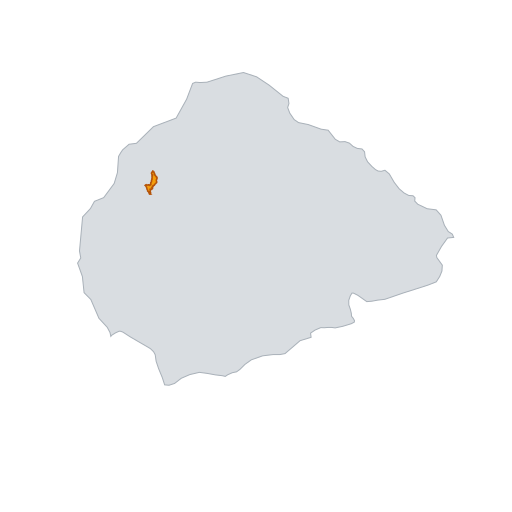 San Ramon, Canelones, Uruguay (highlighted), rotated 119°
{"feature_id": "84410073B4284999044109", "entity_name": "San Ramon", "entity_type": "district", "adm_level": 2, "iso_a3": "URY", "parent_name": "Uruguay", "parent_adm1": "Canelones", "projection": "orthographic", "projection_center": [-55.941, -34.32], "detail": "fine", "context": "in_parent", "style": "filled", "palette": "amber", "viewbox_px": 512, "rotation_deg": 119, "n_neighbors": 0, "source": "geoboundaries", "source_scale": "gbopen_adm2", "svg_char_len": 5080}
<svg xmlns="http://www.w3.org/2000/svg" viewBox="0 0 512 512"><g transform="rotate(119 256 256)"><path d="M396.7,344.0L393.7,346.6L390.5,351.5L386.6,363.2L374.1,379.4L371.4,388.6L358.1,397.9L348.7,408.6L342.7,408.3L337.2,412.8L305.9,426.6L294.7,423.8L286.5,423.8L278.8,417.5L261.3,415.2L250.3,417.6L235.5,424.5L231.0,424.4L227.8,424.1L219.8,421.2L215.4,415.2L192.6,408.4L174.1,392.7L152.4,392.7L135.8,395.1L133.2,393.0L131.4,389.0L127.8,383.2L113.2,369.5L101.6,355.9L99.0,342.3L100.2,327.4L103.2,309.8L102.5,304.3L106.7,301.1L110.8,300.3L114.7,295.7L118.2,288.7L118.7,283.5L115.7,274.0L113.5,260.5L111.0,253.9L115.5,243.2L115.6,238.1L112.8,233.6L112.0,229.0L113.1,224.2L112.8,219.6L111.0,215.2L112.2,211.6L116.4,208.6L119.5,204.1L121.5,198.1L122.5,193.5L122.5,190.4L121.2,187.5L118.5,184.8L119.6,179.2L124.6,170.8L127.8,163.4L129.1,157.0L129.0,151.8L127.2,147.9L127.9,145.2L131.0,143.8L132.3,139.6L131.7,129.3L128.3,120.8L130.7,114.0L137.8,106.1L141.4,99.7L141.7,94.9L143.9,92.1L147.4,97.2L157.7,98.4L168.0,98.5L169.7,97.1L173.7,88.6L179.0,86.1L184.8,85.4L191.2,85.8L198.0,91.4L217.3,109.6L231.4,122.3L235.7,128.3L239.4,132.8L242.2,137.0L241.0,147.9L241.2,152.7L241.9,154.1L245.1,154.2L249.8,153.4L253.8,151.1L256.9,147.6L260.0,144.8L262.4,143.2L263.3,140.9L264.8,138.5L266.2,138.0L269.0,139.8L275.5,146.1L280.5,151.9L281.8,155.2L283.7,158.6L285.7,161.6L287.2,164.6L292.1,168.4L297.0,170.9L300.4,168.4L308.7,176.4L327.3,183.3L330.6,187.3L333.8,193.1L340.1,201.8L349.0,209.7L356.1,213.1L363.0,215.1L366.8,216.9L369.4,220.0L373.6,223.2L376.2,224.5L377.0,227.4L379.6,233.7L382.3,241.7L385.2,249.1L391.8,256.4L399.2,262.1L406.9,265.4L411.2,269.4L413.0,273.4L407.6,279.2L401.7,286.6L396.5,292.3L391.2,296.3L389.4,299.1L388.2,303.5L387.7,326.7L387.1,335.4L387.4,337.7L388.1,339.2L391.3,341.6L395.1,343.7L396.7,344.0Z" fill="#d9dde1" stroke="#a8b0b8" stroke-width="1"/><path d="M253.2,378.2L253.2,378.3L253.1,378.2L253.1,378.3L252.9,378.4L252.9,378.5L252.7,378.6L252.4,378.6L252.2,378.6L252.1,378.8L252.1,379.0L251.9,379.1L251.7,379.0L251.7,378.9L251.5,379.0L251.4,379.1L251.4,379.3L251.3,379.5L251.3,379.8L251.2,379.8L251.2,380.0L250.9,380.2L250.7,380.0L250.4,380.0L250.1,380.0L249.8,380.1L249.7,380.2L249.4,380.2L249.4,380.3L249.2,380.5L249.2,380.4L249.1,380.2L248.9,380.2L248.8,380.3L249.0,380.3L248.9,380.4L248.9,380.5L248.8,380.4L248.7,380.3L248.7,380.1L248.4,380.0L248.3,379.8L248.3,379.7L248.2,379.6L247.8,379.5L247.7,379.6L247.4,379.5L247.4,379.4L247.3,379.2L247.1,379.2L246.9,379.4L246.9,379.6L247.0,379.6L246.8,379.8L246.7,379.8L246.6,380.0L246.5,379.9L246.4,380.0L246.2,380.1L246.0,379.9L245.9,379.9L245.7,379.9L245.6,380.0L245.4,379.8L245.3,380.0L245.2,380.1L245.0,380.3L244.9,380.2L244.7,380.2L244.6,379.9L244.3,379.8L244.2,379.7L243.9,379.7L243.6,379.3L243.3,379.2L243.2,379.3L242.9,379.4L242.7,379.4L242.5,379.2L242.3,379.2L241.9,379.1L241.7,379.1L241.4,379.0L241.3,378.9L241.2,378.9L240.9,378.9L240.7,378.7L240.4,378.7L240.0,378.5L239.9,378.6L239.6,378.7L239.4,378.7L239.3,378.8L239.1,378.9L239.0,379.1L238.9,379.2L238.8,379.4L238.7,379.5L238.4,379.7L238.2,379.8L237.8,379.9L237.6,380.0L237.3,380.1L237.2,380.2L236.8,380.1L236.7,380.0L236.4,380.1L236.2,380.1L236.0,380.4L236.0,380.5L235.9,380.6L235.7,380.7L235.4,380.6L235.3,380.8L235.1,381.0L235.2,381.3L234.9,381.4L234.8,381.5L235.0,381.7L235.0,381.8L234.8,382.0L234.8,382.3L234.7,382.5L234.5,382.9L234.5,383.1L234.5,383.3L234.4,383.4L234.2,383.4L234.2,383.5L234.0,384.1L233.9,384.3L233.8,384.2L233.7,384.2L233.7,384.3L233.4,384.5L233.2,384.8L232.9,384.8L232.8,385.1L232.7,385.3L232.6,385.5L232.4,385.7L232.2,385.8L232.3,385.9L232.4,386.2L232.4,386.3L232.3,386.7L232.2,386.8L231.9,387.0L232.0,387.1L231.7,387.4L231.7,387.5L232.0,387.5L232.3,387.6L233.1,387.6L233.3,387.5L233.6,387.6L233.9,387.7L234.1,387.7L234.3,387.6L234.5,387.4L234.6,387.2L235.0,386.8L235.2,386.6L235.3,386.4L235.3,386.2L235.2,386.2L235.3,386.0L235.6,386.1L235.9,386.1L236.0,386.0L236.0,385.9L236.0,385.7L236.3,385.8L236.4,385.7L236.5,385.4L237.0,385.5L237.1,385.4L237.6,385.1L237.8,384.8L237.9,384.7L238.3,384.7L238.7,384.6L238.9,384.6L239.2,384.3L239.2,384.1L239.3,384.1L239.6,384.2L240.0,384.2L240.3,384.1L240.6,384.1L240.8,383.8L241.0,383.6L241.3,383.6L241.7,383.6L241.8,383.5L242.0,383.4L242.3,383.5L242.6,383.6L242.9,383.6L243.0,383.5L243.1,383.4L243.4,383.4L243.5,383.3L243.6,383.2L243.8,383.2L244.0,382.9L244.1,382.7L244.3,382.7L244.4,382.8L244.5,382.9L245.0,382.8L245.1,383.0L245.4,383.1L245.5,383.4L245.6,383.5L245.5,383.8L245.5,384.0L245.7,384.4L246.0,384.2L246.0,384.3L245.9,384.5L246.0,384.7L246.1,384.9L246.2,385.0L246.5,385.1L246.6,385.3L246.6,385.5L246.8,385.7L246.9,386.0L247.0,386.1L247.0,386.3L246.9,386.4L246.8,386.6L247.0,386.8L247.3,386.8L247.7,387.1L248.0,387.2L248.1,386.4L248.4,386.1L248.7,385.6L248.8,385.3L249.3,384.7L249.7,384.4L249.9,384.1L250.2,383.8L250.6,383.6L251.1,382.7L251.3,382.4L251.8,382.2L251.8,381.9L251.8,381.6L251.9,381.3L252.1,381.1L252.4,380.6L252.5,380.4L252.7,380.1L253.0,379.9L253.2,379.6L253.4,379.4L253.5,379.1L253.3,378.5L253.2,378.2Z" fill="#f59e0b" stroke="#b45309" stroke-width="1.5"/></g></svg>